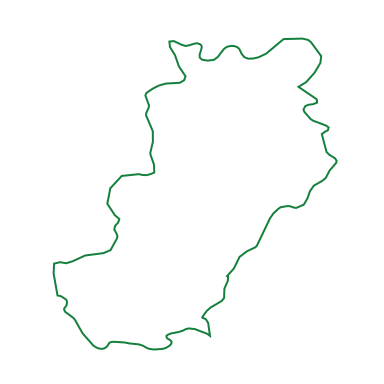 map outline of Siena (Mercator projection), rotated 83°
{"feature_id": "ITA-5388", "entity_name": "Siena", "entity_type": "Province", "adm_level": 1, "iso_a3": "ITA", "parent_name": "Italy", "parent_adm1": "", "projection": "mercator", "projection_center": [11.496, 43.172], "detail": "fine", "context": "isolated", "style": "outline", "palette": "green", "viewbox_px": 384, "rotation_deg": 83, "n_neighbors": 0, "source": "natural_earth", "source_scale": "10m", "svg_char_len": 2429}
<svg xmlns="http://www.w3.org/2000/svg" viewBox="0 0 384 384"><g transform="rotate(83 192 192)"><path d="M180.5,45.2L187.5,52.8L194.3,57.5L196.6,61.0L200.6,70.4L205.6,74.8L212.4,78.2L218.2,82.6L220.5,90.5L219.9,92.7L218.0,96.6L217.6,98.9L217.9,105.8L219.0,108.0L222.9,113.5L227.6,117.8L253.2,134.1L254.6,135.9L257.5,144.6L262.2,152.7L273.0,159.7L279.7,167.4L280.3,166.5L284.4,167.2L291.9,171.6L301.2,173.1L303.9,176.1L308.9,187.6L311.7,191.7L317.3,197.0L318.3,196.8L318.8,195.5L320.1,193.7L323.9,191.9L337.0,191.7L334.7,194.0L328.4,205.9L327.0,211.8L327.2,213.5L327.4,214.9L327.8,216.2L328.4,217.5L328.9,219.8L329.4,223.0L329.8,229.8L330.5,232.8L331.4,234.7L332.6,235.0L333.9,234.7L334.7,233.9L336.2,231.8L337.2,231.0L338.4,230.5L340.1,231.1L341.6,232.6L343.5,236.6L344.0,239.2L344.1,241.5L343.7,248.5L343.4,250.2L343.0,251.7L342.1,254.4L341.5,255.5L338.4,259.7L336.7,263.5L334.7,272.5L333.2,277.0L331.1,288.0L331.1,290.8L331.7,292.6L334.0,294.3L335.2,295.5L336.4,297.7L336.7,299.5L336.6,301.2L336.2,302.7L335.7,304.1L335.0,305.4L334.3,306.4L332.5,308.6L331.0,309.6L318.8,317.9L305.0,323.6L302.7,324.9L295.7,332.3L293.6,333.2L292.2,333.1L290.2,331.2L288.8,330.2L286.2,329.4L284.6,329.6L283.3,330.2L279.9,334.2L279.3,335.1L278.3,338.1L256.1,339.3L246.3,337.6L245.6,331.7L247.4,325.4L246.1,318.5L242.0,305.8L241.9,287.3L239.7,279.9L229.3,272.4L227.2,271.4L224.6,271.8L219.7,273.7L216.2,272.4L213.3,269.0L210.0,267.4L205.6,271.4L193.3,277.5L178.3,272.6L167.5,259.8L167.8,242.6L169.2,238.7L169.7,235.1L169.3,231.4L168.1,227.1L160.2,226.4L149.7,228.7L147.7,228.5L137.4,224.7L126.9,223.5L110.1,228.3L107.7,227.6L103.2,224.8L100.9,224.1L90.6,226.5L88.2,225.3L84.7,218.5L82.3,211.9L81.2,204.8L82.1,190.6L80.0,186.1L76.4,184.3L65.7,189.7L54.1,192.2L45.4,196.2L39.9,196.1L40.0,191.6L44.7,184.2L46.3,180.4L46.0,176.7L45.2,172.7L44.9,168.9L46.6,165.6L48.2,164.7L49.8,164.7L56.7,167.7L59.6,167.9L61.9,165.8L63.5,160.6L63.5,154.2L61.2,150.0L54.1,143.1L52.7,140.8L51.9,138.2L51.8,135.3L52.3,132.3L53.8,129.3L55.8,127.6L60.9,125.9L64.5,123.7L66.5,120.0L67.0,115.2L66.4,109.6L63.7,101.5L51.4,82.5L53.2,63.6L55.2,58.2L58.2,55.4L72.9,47.2L79.5,48.8L88.6,55.9L96.8,65.2L100.6,73.5L115.2,56.9L118.5,56.9L119.6,61.1L119.6,65.3L120.4,68.9L123.7,71.3L126.2,70.7L133.6,65.7L135.8,63.4L142.5,50.7L144.6,48.5L147.3,49.6L148.6,53.1L150.3,56.1L168.6,53.6L171.8,51.2L175.8,46.1L178.5,44.7L180.5,45.2Z" fill="none" stroke="#15803d" stroke-width="2"/></g></svg>